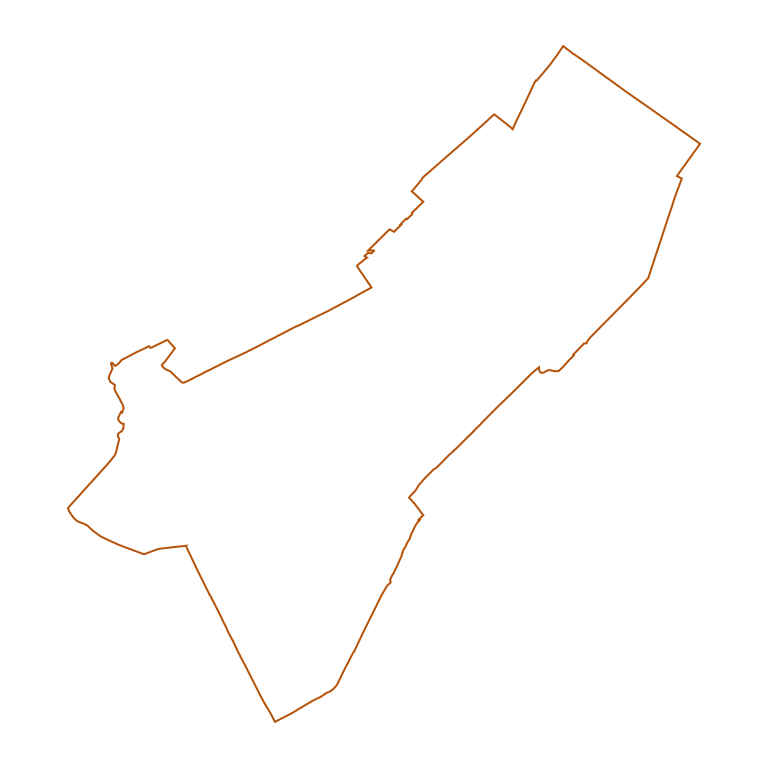 Slobozia, Arges, Romania
{"feature_id": "2599482B25877220238739", "entity_name": "Slobozia", "entity_type": "district", "adm_level": 2, "iso_a3": "ROU", "parent_name": "Romania", "parent_adm1": "Arges", "projection": "orthographic", "projection_center": [25.198, 44.51], "detail": "fine", "context": "isolated", "style": "outline", "palette": "amber", "viewbox_px": 768, "rotation_deg": 0, "n_neighbors": 0, "source": "geoboundaries", "source_scale": "gbopen_adm2", "svg_char_len": 5314}
<svg xmlns="http://www.w3.org/2000/svg" viewBox="0 0 768 768"><path d="M275.0,721.9L275.3,721.7L276.0,721.4L278.0,720.3L278.6,720.0L284.0,717.2L285.4,716.5L290.5,713.9L291.7,713.2L292.5,712.8L293.6,712.1L296.0,710.7L297.5,709.7L300.2,708.1L301.9,707.1L305.6,704.9L307.3,703.9L309.4,702.7L311.4,701.5L314.0,700.1L317.8,698.2L321.0,696.7L322.3,695.8L326.5,692.9L330.1,691.4L330.8,690.9L331.4,690.4L332.8,689.4L333.9,688.5L334.2,688.1L334.9,687.3L336.8,685.2L341.4,675.7L343.3,671.8L345.0,668.4L348.4,662.0L352.1,654.6L353.3,652.6L354.1,651.6L358.6,642.1L363.1,632.5L372.3,614.0L381.4,595.5L387.1,585.7L388.0,584.9L389.1,583.9L390.2,583.0L390.6,582.5L390.6,581.5L390.0,580.0L390.5,578.9L391.4,576.9L392.8,574.3L393.8,572.8L394.5,571.1L396.2,567.8L397.4,565.2L398.9,561.8L400.2,559.0L401.5,556.2L401.7,555.8L401.7,555.0L402.0,554.0L402.3,552.9L402.7,552.5L403.1,550.4L404.0,549.1L404.5,548.5L405.5,546.5L407.7,541.9L409.3,539.5L410.2,537.2L411.3,534.1L412.7,531.3L414.6,527.1L416.2,524.4L417.9,521.9L418.6,521.4L419.4,520.3L419.7,520.0L418.5,519.8L418.7,519.4L423.3,515.1L420.9,512.2L417.6,507.7L414.2,503.2L414.1,503.3L409.5,498.0L409.1,497.7L409.9,496.5L411.7,494.4L413.1,493.1L414.8,491.3L415.3,490.5L416.2,489.5L418.9,484.9L421.5,482.1L424.3,478.8L425.4,477.6L428.6,474.5L433.9,469.2L435.6,468.3L436.4,467.8L439.9,464.3L441.5,462.8L445.4,458.7L449.4,454.7L453.3,451.2L454.3,450.2L458.0,446.8L462.7,442.0L467.7,437.0L473.3,431.8L473.0,431.7L476.0,428.7L481.4,423.4L481.4,423.2L488.2,416.3L496.7,407.7L512.0,393.0L521.7,383.4L531.4,373.7L535.2,370.4L536.8,369.0L539.0,367.4L539.0,369.4L539.6,371.4L541.2,372.8L543.5,372.7L547.2,370.6L549.0,370.2L550.3,370.2L555.6,371.4L558.0,370.9L558.5,371.1L562.0,367.9L569.6,359.6L573.8,355.5L573.2,354.7L583.3,344.3L584.2,343.4L585.6,343.5L586.7,343.1L587.7,340.6L590.5,337.2L603.0,324.5L604.4,323.1L622.8,304.5L633.1,294.0L640.7,286.1L648.5,277.9L648.5,277.3L649.2,275.3L650.9,270.1L651.4,268.6L652.4,265.4L652.7,264.8L652.7,264.7L653.4,262.4L654.1,260.2L658.0,248.5L660.7,240.4L663.6,231.4L663.7,231.2L664.2,229.7L667.5,219.6L667.6,219.3L667.6,219.1L669.2,214.7L669.7,212.9L670.5,210.8L670.5,210.5L670.7,210.1L670.8,209.6L671.7,207.2L672.3,205.1L673.2,202.6L673.3,202.4L673.4,202.0L673.4,201.5L673.5,201.1L675.9,194.4L677.3,190.5L679.0,186.3L680.7,181.4L681.2,180.3L681.8,178.6L676.9,176.0L689.5,158.5L700.1,143.8L665.8,119.5L624.8,90.8L619.9,87.2L594.4,68.7L586.3,62.8L581.2,59.1L572.7,53.4L563.2,46.1L556.2,56.3L549.5,65.4L538.7,78.2L536.7,80.6L535.9,80.4L534.2,83.2L531.8,88.4L524.8,103.5L520.9,111.6L517.0,119.6L512.6,129.3L511.8,128.5L511.5,127.9L504.4,122.3L496.9,116.4L494.3,114.4L493.7,114.8L473.6,133.1L466.8,139.1L446.0,157.2L422.6,177.7L421.8,179.5L412.0,191.2L411.8,191.4L419.1,198.0L423.3,201.8L419.6,205.4L415.0,209.8L412.0,212.6L412.2,213.0L412.4,213.9L411.7,214.7L407.0,219.2L406.3,218.6L404.4,220.4L402.9,221.9L400.4,224.6L401.2,224.8L401.0,225.0L394.0,231.8L389.5,229.3L383.4,235.4L371.2,247.5L368.1,250.6L373.8,250.4L374.1,250.8L371.5,253.3L370.3,253.2L367.8,253.1L364.5,256.0L366.9,257.7L366.6,257.8L365.0,259.2L364.6,259.4L357.3,265.3L357.1,265.7L357.2,266.1L357.3,266.7L371.5,287.5L361.9,292.7L351.6,298.5L327.1,311.5L318.2,315.8L297.5,326.0L295.8,326.6L290.2,329.4L286.4,331.5L269.7,340.1L260.2,345.1L245.7,352.4L238.1,356.0L232.0,358.8L227.9,360.7L226.3,361.5L210.0,369.7L205.2,372.0L203.2,373.2L202.0,373.8L193.5,378.0L186.4,381.6L183.9,382.6L183.2,382.7L181.9,382.5L170.2,371.3L167.3,370.2L164.2,368.3L162.0,365.8L161.9,365.3L162.0,364.7L162.5,364.1L164.0,362.7L166.2,360.0L170.0,354.9L171.7,352.7L174.9,348.3L168.1,340.5L167.4,340.1L167.0,340.0L163.0,342.0L158.5,344.2L150.8,347.9L150.3,347.7L148.9,346.2L144.4,348.5L136.1,352.4L121.6,360.0L119.6,362.4L117.1,364.8L115.5,365.8L114.8,365.8L114.3,365.5L112.8,363.1L111.3,362.8L111.1,364.0L112.5,368.5L110.9,372.1L109.2,376.0L108.7,378.3L110.6,382.1L115.0,385.0L114.3,388.4L115.4,391.3L119.0,397.8L122.5,404.4L123.7,408.1L122.9,410.4L122.0,412.7L121.0,411.9L118.0,418.1L118.8,420.8L121.5,423.4L123.7,423.9L123.2,428.8L121.9,431.0L118.2,433.6L117.9,436.1L119.2,439.0L119.1,439.6L116.7,449.3L116.6,450.0L115.6,453.6L114.7,455.3L113.8,456.5L111.3,459.8L109.3,462.2L88.1,485.7L84.8,489.3L81.8,492.7L72.9,502.5L67.9,508.0L69.2,511.4L69.6,512.0L69.9,512.6L72.1,515.7L72.5,516.3L74.5,518.8L76.1,520.2L76.6,520.6L77.5,521.3L78.3,521.6L84.2,523.9L85.1,524.3L85.9,524.7L86.4,525.0L86.7,525.1L87.5,525.7L88.3,526.4L88.7,526.8L89.6,527.7L91.2,529.1L93.1,530.8L93.6,531.3L94.0,531.5L94.3,531.8L95.6,532.7L99.7,535.7L100.6,536.3L100.9,536.5L101.5,536.8L109.4,540.6L114.5,542.9L117.4,544.2L118.8,544.8L123.6,546.7L124.6,547.1L125.4,547.4L126.3,547.7L128.0,548.3L129.2,548.7L133.6,550.4L134.7,550.8L138.4,552.2L139.4,552.6L144.1,554.2L146.2,553.4L146.5,553.3L148.0,552.8L148.3,552.7L152.5,551.1L155.7,549.9L158.7,548.9L159.0,548.8L162.4,548.4L168.8,547.7L171.0,547.4L180.3,546.4L186.0,545.8L185.9,545.9L192.2,559.2L198.5,572.5L200.2,575.8L200.4,576.3L201.3,578.0L205.2,585.9L206.7,589.0L207.3,590.1L207.8,591.1L209.5,594.6L211.0,596.9L212.6,600.3L214.6,604.0L216.3,607.4L220.4,615.5L222.8,620.7L226.4,627.9L227.5,630.6L229.2,634.1L233.1,641.2L237.5,650.6L241.9,659.5L245.4,665.9L249.9,674.8L260.5,695.8L264.7,703.6L267.6,708.5L270.8,713.8L272.7,717.4L275.0,721.9Z" fill="none" stroke="#b45309" stroke-width="2"/></svg>